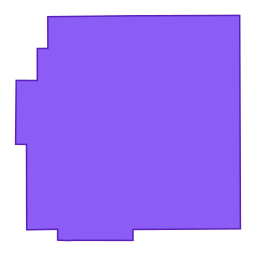 the district of Wyandot, Ohio, United States of America
{"feature_id": "52423323B18569406073310", "entity_name": "Wyandot", "entity_type": "district", "adm_level": 2, "iso_a3": "USA", "parent_name": "United States of America", "parent_adm1": "Ohio", "projection": "mercator", "projection_center": [-83.399, 40.84], "detail": "fine", "context": "isolated", "style": "filled", "palette": "violet", "viewbox_px": 256, "rotation_deg": 0, "n_neighbors": 0, "source": "geoboundaries", "source_scale": "gbopen_adm2", "svg_char_len": 337}
<svg xmlns="http://www.w3.org/2000/svg" viewBox="0 0 256 256"><path d="M68.7,16.5L47.8,16.7L47.9,48.4L37.3,48.5L37.3,80.5L16.2,80.4L15.6,144.3L26.5,144.4L26.7,229.8L57.6,229.3L57.6,240.1L69.0,240.6L72.2,240.3L133.0,240.4L133.0,229.5L240.4,228.8L239.7,15.4L132.8,15.8L68.7,16.5Z" fill="#8b5cf6" stroke="#5b21b6" stroke-width="1.5"/></svg>